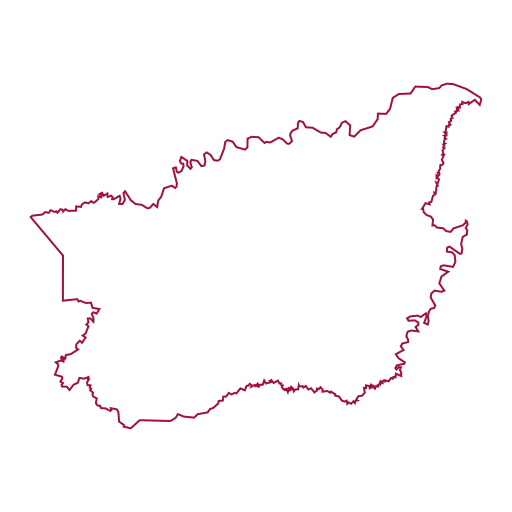 Puerto López, Meta, Colombia (Robinson projection)
{"feature_id": "7082276B57935964838020", "entity_name": "Puerto López", "entity_type": "district", "adm_level": 2, "iso_a3": "COL", "parent_name": "Colombia", "parent_adm1": "Meta", "projection": "robinson", "projection_center": [-72.727, 4.039], "detail": "fine", "context": "isolated", "style": "outline", "palette": "rose", "viewbox_px": 512, "rotation_deg": 0, "n_neighbors": 0, "source": "geoboundaries", "source_scale": "gbopen_adm2", "svg_char_len": 6021}
<svg xmlns="http://www.w3.org/2000/svg" viewBox="0 0 512 512"><path d="M112.7,197.2L111.2,195.7L107.7,196.9L107.3,193.5L103.8,195.7L102.0,192.7L99.4,194.2L101.9,195.7L101.1,197.4L98.2,196.4L98.4,199.0L94.7,202.3L93.2,202.8L91.2,201.1L88.5,203.3L84.8,202.4L81.8,204.6L81.0,206.9L76.2,206.4L76.0,210.7L68.4,210.9L65.4,209.2L63.1,211.6L62.4,209.7L60.4,209.2L57.5,212.8L56.2,211.2L54.7,212.0L50.6,210.2L48.8,212.8L45.2,212.1L42.5,214.5L32.3,215.7L30.7,217.1L63.0,255.6L62.9,300.7L77.3,299.1L78.5,301.5L80.3,300.8L85.8,303.0L91.0,302.7L92.5,307.9L99.4,309.0L96.7,313.6L93.3,312.3L91.8,313.8L93.6,318.8L93.4,321.7L90.3,318.4L87.8,318.5L88.4,322.5L86.3,324.5L88.5,326.2L85.6,333.5L82.7,335.6L85.6,337.5L82.0,342.8L79.8,340.7L76.4,344.2L76.0,347.7L78.1,349.4L70.8,354.1L65.8,355.1L65.3,358.4L61.6,356.5L61.0,358.2L63.8,359.8L63.5,361.6L61.0,360.5L55.8,362.3L58.0,364.1L58.3,366.1L54.9,374.7L62.0,376.7L62.4,378.4L60.4,381.6L63.0,383.1L61.6,384.8L61.9,386.5L66.8,386.7L69.5,390.0L73.7,384.6L77.8,382.8L79.4,377.9L84.0,378.7L88.3,377.1L87.9,379.0L88.9,379.1L87.0,382.5L87.5,385.1L90.4,385.3L89.7,387.6L91.2,388.7L90.1,390.2L93.1,392.7L92.4,394.6L93.3,396.5L96.7,398.4L95.9,403.2L97.5,405.5L100.2,405.8L101.0,408.1L105.5,408.4L110.3,410.9L111.3,410.2L110.8,408.2L116.9,409.4L118.4,412.2L119.1,421.6L123.9,425.0L123.7,426.7L130.8,428.3L139.7,420.2L170.4,421.0L175.6,417.9L177.9,414.1L183.7,416.6L194.1,417.6L197.7,414.2L207.6,412.4L209.9,409.1L213.3,407.9L218.1,403.6L218.8,400.9L222.8,400.6L223.3,396.6L226.2,396.5L228.8,392.9L231.7,394.5L234.4,392.9L236.4,393.4L240.4,388.4L244.8,390.3L246.6,385.8L248.6,385.6L249.7,383.8L251.9,385.4L251.3,386.7L254.7,384.9L255.3,386.1L257.6,383.7L258.4,385.8L257.5,386.3L258.8,386.8L259.7,384.7L262.7,384.8L264.2,380.5L265.9,383.5L270.5,382.3L269.7,380.9L271.4,380.0L273.5,383.0L277.9,380.6L279.4,383.5L281.2,383.3L281.4,385.3L282.7,385.5L281.9,386.9L283.4,389.4L286.2,388.9L285.6,390.1L287.0,390.1L287.8,392.0L288.8,388.0L290.0,388.4L289.9,390.3L291.7,389.3L290.6,388.5L291.0,386.8L292.7,388.0L293.8,391.4L295.1,389.4L298.1,389.4L298.8,385.3L299.2,386.4L302.6,386.2L303.4,387.6L305.7,385.9L308.4,389.5L311.1,388.3L314.4,392.4L317.0,390.4L316.9,388.6L318.6,389.3L320.4,387.2L322.5,389.4L322.5,391.7L327.4,391.0L330.1,392.7L330.9,391.6L335.3,394.3L335.1,395.6L339.1,396.6L341.7,400.5L344.7,401.6L346.6,400.7L347.3,403.8L348.5,402.4L351.1,403.8L353.4,401.3L354.9,403.0L355.4,401.0L357.4,400.5L356.1,399.8L358.3,396.3L362.2,395.6L364.8,392.6L364.0,387.9L366.0,388.1L366.0,385.4L369.5,386.1L369.6,387.2L370.4,385.7L370.6,387.9L371.7,387.5L371.7,385.1L374.6,386.5L373.7,387.5L375.0,388.7L376.0,386.4L378.0,386.5L377.5,385.3L379.2,384.6L380.0,382.4L380.4,384.1L381.4,382.4L382.6,382.9L382.2,381.2L384.3,380.8L383.5,379.5L385.1,381.5L385.7,380.5L388.6,381.3L391.1,377.9L392.7,378.8L393.1,377.2L395.0,376.7L395.4,378.3L395.9,373.7L401.2,376.0L401.2,372.2L399.8,369.9L401.0,367.3L398.7,367.1L396.4,369.5L395.4,368.0L396.7,365.4L404.1,363.8L404.8,362.3L398.8,358.4L395.8,354.2L403.5,350.0L400.8,346.3L402.3,343.5L408.0,342.1L408.2,339.9L406.3,336.1L407.7,331.7L411.3,330.5L418.3,331.4L415.6,327.0L418.5,324.7L418.2,322.4L414.8,320.4L408.5,320.7L407.1,318.3L410.5,316.4L417.6,315.6L420.7,317.0L425.9,313.3L426.6,316.2L424.1,322.9L427.7,324.5L428.6,321.0L427.8,315.3L429.4,310.7L430.8,308.7L434.1,308.1L435.2,305.4L430.7,297.6L431.3,293.5L434.6,290.6L441.3,291.8L444.3,290.6L439.3,283.4L441.4,276.6L448.2,271.7L440.2,269.0L440.8,266.3L443.6,265.3L453.0,266.9L455.4,261.9L454.7,255.2L452.1,252.4L446.9,251.6L447.2,247.6L449.5,246.6L459.8,253.8L461.6,253.4L462.3,248.4L461.1,244.2L462.7,236.9L466.9,234.5L467.2,230.1L465.7,228.0L467.7,224.4L466.9,221.4L465.8,220.6L465.7,222.7L462.6,225.4L453.5,228.4L450.6,231.9L446.2,231.1L443.0,228.2L437.0,227.6L434.7,225.3L432.4,225.5L433.1,219.7L430.9,216.6L426.5,215.0L423.7,212.2L423.1,208.7L422.1,208.8L425.5,203.2L429.6,204.3L429.1,202.4L431.3,202.0L433.0,195.8L434.9,194.5L434.4,192.7L435.7,193.3L436.6,186.1L437.7,185.8L436.3,182.6L437.7,183.3L439.0,179.5L437.5,177.6L436.6,178.2L436.5,175.1L438.1,175.9L439.3,174.7L438.0,172.9L439.2,172.8L438.5,171.2L440.1,169.0L440.3,165.1L442.6,164.7L443.5,163.0L441.8,159.7L444.1,154.8L442.2,154.7L443.3,153.1L442.5,150.5L444.5,148.1L443.2,147.4L444.3,145.3L443.4,144.5L445.0,143.5L443.8,143.1L444.5,139.4L446.0,138.8L444.6,137.6L445.7,136.0L444.5,135.5L446.5,134.8L444.5,132.4L446.5,132.4L445.6,130.8L446.5,126.1L448.7,126.7L449.0,124.7L450.4,124.7L448.9,122.1L451.1,120.9L450.7,118.7L452.5,118.1L451.7,115.5L455.9,112.8L455.2,111.5L457.1,111.1L456.8,108.6L458.3,109.9L457.9,107.1L459.7,107.8L460.1,104.4L462.5,104.1L462.2,101.9L465.4,103.2L468.5,101.9L468.7,104.1L474.8,99.8L479.7,104.9L481.3,99.7L480.2,97.6L466.7,89.1L453.2,84.1L446.8,83.7L441.5,85.5L439.2,88.1L432.2,89.2L427.7,87.0L415.3,86.6L410.6,93.5L398.9,94.0L392.8,97.8L390.1,108.7L386.1,113.9L377.9,113.6L377.7,119.1L372.6,126.4L360.5,130.3L354.2,136.6L349.6,135.1L350.2,125.4L345.5,121.2L342.0,122.7L339.5,127.5L336.9,129.2L336.2,132.3L332.6,133.9L330.8,136.8L325.5,132.9L320.9,132.6L312.5,127.7L305.9,127.3L303.0,122.0L299.4,120.9L298.1,122.8L297.6,128.5L292.9,130.3L290.7,132.9L290.1,135.5L292.0,141.1L289.3,143.8L287.1,143.6L282.7,139.3L278.7,137.7L270.2,142.5L266.3,141.9L264.6,143.0L258.5,137.2L251.7,136.8L247.6,138.6L247.4,147.4L245.0,149.6L236.4,147.1L232.8,141.8L227.6,140.1L225.2,142.1L224.1,148.7L219.9,159.4L217.6,160.7L213.9,160.1L210.6,155.0L206.7,152.4L204.0,154.5L205.4,161.2L204.5,165.5L201.5,166.2L197.4,160.9L191.5,159.8L190.3,162.2L191.8,167.4L190.4,168.8L187.2,165.4L187.3,160.9L181.4,157.0L179.9,160.9L181.3,163.6L183.2,163.7L183.6,166.2L181.5,171.0L178.3,172.7L176.8,171.7L175.9,167.4L173.0,168.3L176.9,183.3L176.6,186.4L175.2,188.0L171.8,185.7L164.0,188.3L161.1,197.1L158.3,200.3L157.1,207.0L153.3,204.0L149.9,207.8L147.5,208.4L141.7,204.8L135.5,204.0L130.8,200.2L125.1,191.3L123.5,193.0L124.9,200.0L122.5,204.1L119.2,204.0L120.5,198.7L119.6,195.8L113.8,199.2L112.1,199.2L112.7,197.2Z" fill="none" stroke="#9f1239" stroke-width="2"/></svg>